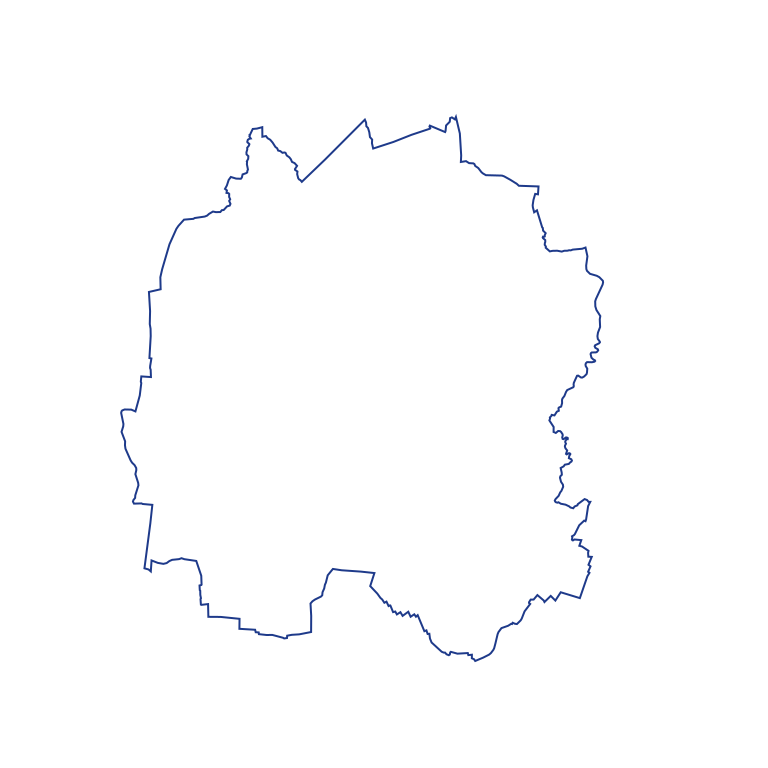 outline of Damnoen Saduak, Ratchaburi, Thailand, rotated 197°
{"feature_id": "78962969B9936317507075", "entity_name": "Damnoen Saduak", "entity_type": "district", "adm_level": 2, "iso_a3": "THA", "parent_name": "Thailand", "parent_adm1": "Ratchaburi", "projection": "robinson", "projection_center": [99.957, 13.565], "detail": "fine", "context": "isolated", "style": "outline", "palette": "blue", "viewbox_px": 768, "rotation_deg": 197, "n_neighbors": 0, "source": "geoboundaries", "source_scale": "gbopen_adm2", "svg_char_len": 6166}
<svg xmlns="http://www.w3.org/2000/svg" viewBox="0 0 768 768"><g transform="rotate(197 384 384)"><path d="M590.2,217.6L589.2,215.3L589.3,204.8L588.7,202.3L589.7,199.8L589.7,198.1L588.1,196.5L581.0,198.9L579.7,198.7L570.2,200.7L566.7,182.3L559.2,137.7L554.9,137.8L552.2,136.6L554.7,147.3L548.0,146.8L542.4,147.5L539.5,149.2L537.5,151.9L535.2,153.9L528.8,156.6L526.7,158.2L523.7,158.1L511.8,159.9L502.7,147.2L499.8,138.8L499.9,138.4L501.5,137.4L499.9,133.0L499.3,132.6L498.0,128.6L496.4,125.6L496.6,124.7L494.6,119.5L494.1,119.4L487.9,122.1L483.9,110.0L472.1,113.5L453.5,117.2L450.7,107.6L435.4,111.3L434.1,109.1L431.2,109.8L430.5,108.2L423.1,109.6L417.3,111.4L406.4,111.8L405.1,111.5L402.5,112.7L403.0,115.0L398.8,117.2L391.9,119.8L381.2,125.5L385.8,140.9L390.1,152.6L388.9,155.3L387.0,157.7L382.1,162.3L381.3,163.9L381.9,166.9L381.4,171.0L381.8,174.7L381.5,177.1L381.9,184.6L378.8,192.2L370.0,193.5L351.4,197.8L337.9,200.4L338.1,186.7L329.1,181.6L324.9,178.4L322.7,177.4L319.7,174.9L318.0,176.6L314.7,173.0L313.5,174.1L313.1,174.0L308.6,168.5L306.7,169.7L304.3,167.4L301.6,170.6L298.4,167.7L294.2,173.3L290.5,169.2L287.7,172.6L285.4,170.8L284.2,172.8L273.1,159.4L271.4,160.8L269.2,157.7L267.6,158.4L265.6,154.0L262.9,150.7L250.5,144.8L248.3,144.6L247.1,145.0L245.2,143.8L242.7,143.6L242.0,144.5L242.2,146.7L241.8,147.4L234.9,147.6L225.2,151.2L224.1,149.4L220.8,150.8L219.8,147.4L217.4,147.1L215.8,145.8L209.2,151.3L204.4,155.9L203.1,157.9L201.7,161.7L201.4,163.5L201.6,168.5L202.2,177.9L202.0,180.2L200.3,184.9L194.6,189.1L192.2,191.9L191.4,191.9L191.1,193.3L188.7,193.0L186.7,193.3L184.2,197.9L183.7,199.9L183.1,207.7L179.9,216.4L181.2,216.9L181.5,217.7L180.7,220.7L177.9,221.6L175.6,227.0L168.0,223.7L166.8,222.4L162.6,230.1L156.8,227.0L154.1,236.5L134.1,236.5L133.3,259.6L132.3,263.5L133.9,264.1L133.2,270.0L135.6,270.9L134.8,279.4L138.1,278.6L139.5,282.3L139.6,284.2L147.1,286.5L149.9,286.4L149.7,292.4L156.4,291.0L157.5,289.7L158.0,289.6L158.8,290.1L159.0,292.2L159.7,293.3L158.2,294.9L157.6,296.2L156.0,306.0L152.6,311.9L151.2,311.7L151.1,313.4L153.1,326.9L152.3,331.6L153.9,331.1L155.9,332.4L158.5,332.6L163.5,325.8L163.6,324.5L165.9,322.6L166.7,320.5L169.6,320.4L171.1,321.1L175.1,321.7L179.9,321.2L182.6,321.9L183.5,321.2L185.1,321.2L185.9,321.6L186.6,322.4L186.3,324.1L184.3,328.1L183.8,331.9L183.1,333.6L182.6,338.1L183.5,340.1L186.1,342.2L188.3,345.8L188.4,347.3L187.4,349.2L188.2,351.3L190.5,355.3L188.1,357.8L187.5,359.7L183.9,361.6L183.2,363.2L182.1,364.6L181.9,365.7L182.9,366.8L185.5,367.1L185.8,369.2L185.3,371.5L185.8,371.9L186.8,372.0L188.7,370.1L189.5,370.4L189.4,374.0L191.6,375.5L192.7,377.0L192.9,378.1L192.5,380.1L193.5,381.1L193.9,382.2L193.3,384.5L192.2,384.9L192.4,386.0L193.5,386.3L194.5,386.0L196.1,383.8L197.1,383.7L198.0,385.1L198.0,386.9L198.5,388.1L200.6,389.9L201.8,390.4L203.7,390.0L205.4,387.4L207.8,387.7L209.2,392.5L215.2,397.5L215.1,399.4L215.6,400.5L214.6,402.4L214.6,403.5L211.8,403.8L210.6,408.1L209.0,409.5L210.1,411.9L209.7,412.8L208.0,414.2L208.1,417.8L209.1,420.8L209.1,422.3L208.0,425.2L207.6,429.7L207.0,431.8L202.0,436.3L201.9,437.5L202.6,439.1L202.8,440.7L201.8,448.3L200.8,448.8L197.4,447.8L196.2,448.2L194.8,449.7L193.2,452.6L193.2,454.2L194.1,458.1L196.4,460.2L197.0,461.6L197.0,462.9L196.2,464.3L191.5,465.6L189.2,466.9L188.8,467.8L189.4,468.4L190.9,468.6L193.3,469.8L195.2,473.0L195.1,474.1L194.5,474.9L190.6,476.2L189.7,477.0L189.0,478.8L189.6,479.7L192.5,480.4L193.6,481.7L193.4,482.8L190.2,485.8L189.7,487.0L190.0,487.6L192.7,489.6L193.9,492.2L194.4,495.7L194.0,501.7L196.6,509.0L197.0,512.2L202.5,516.9L204.6,520.0L206.2,524.8L206.2,527.1L204.0,543.0L204.2,545.3L204.9,546.7L209.3,549.1L212.2,549.7L219.2,549.6L223.0,551.6L224.1,553.1L225.3,556.4L226.8,565.6L231.2,573.4L234.0,571.3L242.8,567.7L244.5,566.4L246.2,566.0L247.3,565.2L250.6,564.1L252.7,562.6L257.3,562.1L261.8,560.6L264.2,559.3L269.2,561.6L269.4,562.8L271.0,564.1L271.4,566.0L271.3,567.0L271.9,568.8L274.6,570.0L275.1,570.6L275.0,571.4L274.1,571.5L273.4,572.1L273.8,573.3L273.5,575.5L276.7,577.2L277.8,579.7L278.5,580.0L288.5,594.8L290.6,592.1L293.3,596.5L294.1,598.4L294.9,603.7L295.0,610.0L292.2,610.4L294.0,618.1L313.0,613.0L315.4,614.2L322.8,616.2L329.8,617.7L332.1,617.8L347.6,613.5L351.0,614.3L352.8,615.1L357.0,618.1L360.5,619.2L361.9,620.8L363.1,621.1L367.2,620.1L370.7,621.1L375.4,618.8L377.0,625.1L384.7,645.7L393.3,660.4L393.6,657.8L397.0,658.8L398.5,657.6L397.8,654.0L400.2,649.4L399.1,643.9L399.2,642.8L415.7,644.5L415.8,643.5L414.5,642.1L414.7,641.6L430.6,630.3L445.8,618.2L463.2,606.0L465.9,610.7L466.8,614.3L469.6,616.0L471.7,620.5L474.2,624.2L476.2,625.3L477.6,628.8L479.6,631.2L506.0,581.4L521.7,553.3L523.5,554.5L525.0,554.8L526.2,555.7L528.4,559.3L528.9,561.9L531.7,562.8L532.0,563.5L530.9,567.2L534.1,569.1L536.9,569.5L538.8,571.7L540.8,573.1L543.8,574.1L545.8,576.3L546.9,576.3L548.7,575.4L551.2,576.4L553.5,576.3L555.1,578.2L557.1,578.9L561.1,582.3L564.2,584.3L567.1,585.0L569.4,586.6L572.6,584.9L575.5,594.0L580.2,591.1L584.1,589.5L585.0,583.3L585.4,582.8L585.0,582.4L585.1,581.4L583.2,579.8L584.4,579.2L585.6,577.8L585.6,575.8L585.3,575.2L583.0,574.2L582.8,573.8L583.0,572.1L583.9,570.0L583.3,568.2L583.3,565.4L582.6,563.4L580.3,562.2L579.7,559.6L580.3,556.8L579.9,556.5L579.4,554.1L576.8,549.3L577.0,547.9L576.7,546.3L577.5,545.3L580.5,543.1L580.3,539.9L580.9,538.4L585.5,537.2L591.0,537.2L592.2,533.7L592.3,527.9L593.1,524.1L590.8,523.2L590.5,520.7L588.5,521.0L587.6,520.5L586.8,517.6L585.1,515.7L585.6,513.8L583.5,511.4L583.7,509.5L586.0,508.0L588.2,503.5L589.9,502.8L590.8,500.6L595.0,499.2L598.0,498.9L601.0,495.6L602.4,493.3L604.4,491.7L613.5,487.4L614.6,486.2L623.3,482.7L626.8,475.2L627.9,471.7L630.0,454.9L629.7,428.9L629.1,420.7L625.3,409.3L635.7,403.3L629.0,385.3L625.5,372.8L623.4,368.6L621.1,361.6L615.9,340.2L613.9,340.4L612.9,332.9L612.4,330.9L611.3,329.4L608.9,322.5L618.3,320.3L617.2,315.0L616.4,314.0L614.2,301.6L613.7,285.1L618.2,285.6L624.6,283.8L626.6,282.2L627.0,281.2L626.9,279.5L621.5,269.6L621.0,267.3L621.0,261.5L614.8,253.5L613.8,249.7L612.3,246.5L603.9,236.8L601.9,235.1L598.8,233.5L596.4,231.2L595.7,229.3L595.4,225.1L590.2,217.6Z" fill="none" stroke="#1e3a8a" stroke-width="2"/></g></svg>